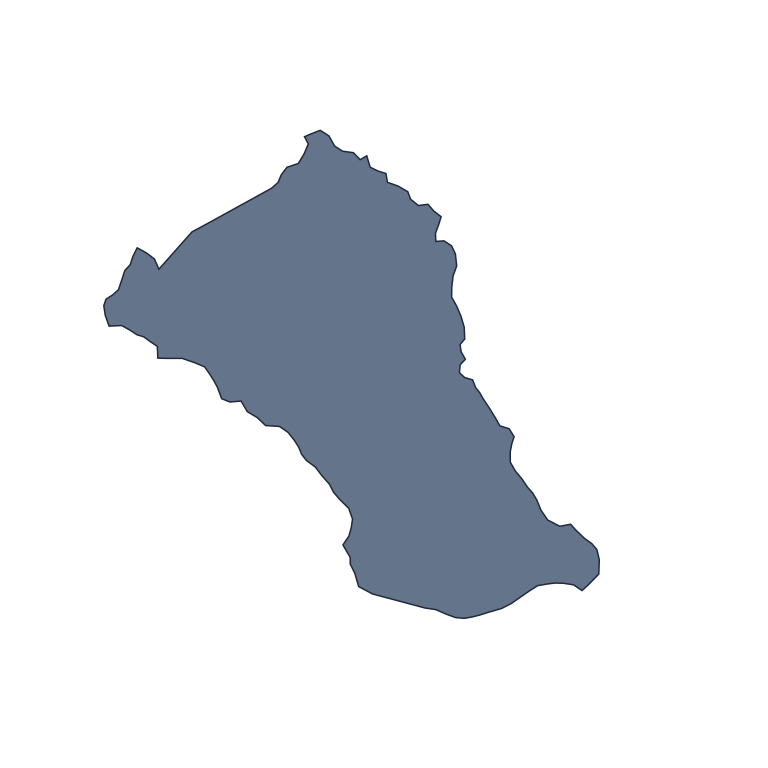 outline of Tanquinho, Bahia, Brazil, rotated 121°
{"feature_id": "56859067B21110119970991", "entity_name": "Tanquinho", "entity_type": "district", "adm_level": 2, "iso_a3": "BRA", "parent_name": "Brazil", "parent_adm1": "Bahia", "projection": "albers", "projection_center": [-39.095, -11.948], "detail": "fine", "context": "isolated", "style": "filled", "palette": "slate", "viewbox_px": 768, "rotation_deg": 121, "n_neighbors": 0, "source": "geoboundaries", "source_scale": "gbopen_adm2", "svg_char_len": 1995}
<svg xmlns="http://www.w3.org/2000/svg" viewBox="0 0 768 768"><g transform="rotate(121 384 384)"><path d="M206.9,462.7L207.1,473.9L209.4,484.9L202.6,490.7L204.6,499.1L205.3,507.5L197.3,516.3L204.0,520.0L201.5,529.4L205.8,539.4L205.5,548.8L199.7,559.0L199.4,569.3L207.3,575.5L213.0,579.5L217.2,572.5L227.9,571.0L239.1,571.0L248.2,578.8L257.6,579.8L265.8,578.6L274.1,581.2L338.3,618.5L352.4,626.9L401.5,636.1L395.1,645.1L394.0,655.1L394.4,665.7L404.2,664.9L412.4,663.0L420.2,664.6L430.2,662.3L439.8,660.2L447.0,662.3L454.5,666.0L461.2,664.5L468.7,658.3L476.0,649.5L469.0,639.0L468.7,630.2L469.0,621.1L467.3,614.1L468.0,607.3L468.5,597.7L478.3,591.2L473.3,582.3L466.0,570.2L463.3,557.6L461.7,546.6L465.3,538.5L468.8,531.5L472.7,525.0L480.2,515.6L478.8,506.8L472.2,497.7L478.1,487.0L478.1,475.3L480.6,464.1L474.2,451.7L474.9,441.3L478.4,431.9L482.3,424.2L486.7,418.4L489.5,411.1L490.6,400.0L494.5,390.2L498.0,379.2L502.7,371.6L505.7,362.9L508.7,350.3L516.0,341.4L524.2,338.0L532.4,335.8L543.1,336.3L546.8,329.6L550.0,323.7L555.7,320.2L561.4,311.4L570.7,301.4L569.9,285.7L554.9,233.5L550.7,223.4L549.2,212.0L547.4,202.5L543.5,194.4L537.7,187.8L532.9,183.1L526.0,177.0L516.0,167.7L506.7,161.9L497.1,157.6L486.4,152.8L477.7,148.4L471.7,141.5L466.6,135.0L462.4,127.6L458.5,118.1L459.1,107.9L450.1,105.2L436.3,102.0L423.8,108.9L416.3,116.2L413.8,123.6L413.1,132.4L410.4,144.4L408.1,151.8L415.4,160.0L416.3,173.6L411.3,184.5L404.7,193.3L400.8,200.6L398.5,207.9L394.4,216.7L390.8,226.9L385.9,235.6L377.0,240.9L369.3,243.7L362.2,245.3L357.9,253.7L360.2,263.1L355.6,271.2L350.4,281.3L345.5,291.6L342.2,297.4L339.8,303.7L334.8,310.2L336.9,318.2L335.5,325.1L328.4,328.6L320.9,327.0L316.8,334.3L311.1,339.1L303.8,338.0L294.0,344.5L286.2,353.0L279.7,362.0L274.7,370.8L266.2,375.7L255.9,380.4L245.4,382.5L235.7,389.8L230.8,397.2L230.4,406.3L235.1,413.0L228.3,417.5L219.7,419.1L211.2,421.2L210.1,430.4L207.3,438.9L213.3,446.4L211.9,456.4L206.9,462.7Z" fill="#64748b" stroke="#1e293b" stroke-width="1.5"/></g></svg>